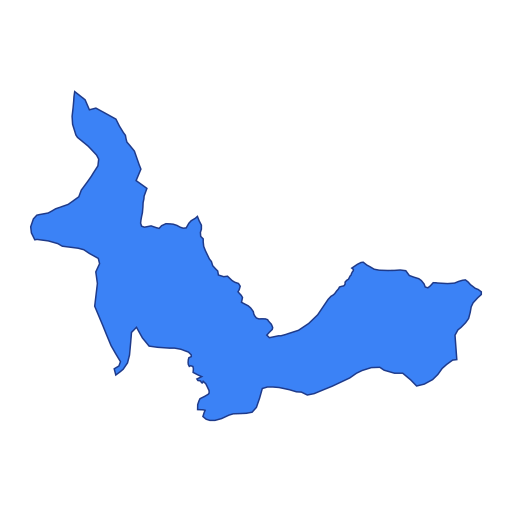 Marudi, Sarawak, Malaysia
{"feature_id": "92858781B4592285011837", "entity_name": "Marudi", "entity_type": "district", "adm_level": 2, "iso_a3": "MYS", "parent_name": "Malaysia", "parent_adm1": "Sarawak", "projection": "orthographic", "projection_center": [114.551, 4.191], "detail": "fine", "context": "isolated", "style": "filled", "palette": "blue", "viewbox_px": 512, "rotation_deg": 0, "n_neighbors": 0, "source": "geoboundaries", "source_scale": "gbopen_adm2", "svg_char_len": 3637}
<svg xmlns="http://www.w3.org/2000/svg" viewBox="0 0 512 512"><path d="M180.7,349.2L188.5,352.1L191.2,354.8L191.3,356.6L188.9,357.7L188.3,359.8L188.1,362.5L188.3,364.4L189.3,366.4L190.7,365.7L192.9,366.5L193.4,368.8L193.1,372.4L197.7,374.8L201.7,376.6L196.9,379.0L197.9,380.5L200.5,380.9L201.6,382.7L202.5,382.9L203.2,381.3L205.8,383.8L207.0,386.2L209.1,390.7L209.1,393.1L208.3,394.2L204.8,396.3L200.0,398.7L199.0,400.8L197.7,404.6L197.6,409.6L203.2,409.8L205.1,410.3L204.1,412.7L202.9,416.5L206.1,419.2L209.9,420.4L214.9,420.4L221.5,418.6L229.0,415.1L233.3,413.8L239.2,413.6L246.3,413.3L252.1,412.2L256.4,407.4L259.6,398.1L262.3,388.5L267.4,387.0L273.0,387.0L279.1,387.5L289.4,389.7L296.4,391.8L301.4,392.1L307.3,395.0L314.2,393.6L324.3,389.4L332.2,386.2L349.8,377.9L356.5,373.2L362.1,370.5L371.3,367.6L379.8,367.3L384.1,370.2L394.5,373.2L402.7,373.2L410.7,379.9L416.6,386.0L424.3,384.1L432.6,379.6L437.8,374.5L442.2,368.4L446.7,364.4L452.6,360.1L456.8,359.6L455.0,335.2L457.9,329.9L461.0,327.4L465.6,322.7L468.6,318.5L470.2,312.4L471.2,306.8L473.1,302.8L477.6,297.9L481.3,294.5L481.3,293.9L481.3,291.8L478.2,289.5L475.2,288.3L472.5,286.2L470.5,284.7L468.0,281.9L465.4,279.9L462.4,280.3L458.7,281.4L454.5,283.1L447.6,283.6L437.2,283.0L436.4,282.8L433.2,282.7L430.3,285.9L427.9,287.8L425.2,287.0L424.1,284.0L421.4,280.6L418.8,278.7L413.7,277.1L409.3,275.5L407.4,272.9L405.8,270.7L400.2,270.0L394.5,270.4L387.9,270.5L379.2,270.2L374.1,269.2L370.1,266.8L366.9,265.1L363.2,262.2L361.0,262.5L357.4,264.3L351.8,268.1L353.4,269.4L353.3,270.7L352.3,272.0L351.5,273.6L351.0,275.2L350.1,276.0L348.5,279.2L346.7,280.3L345.1,282.1L345.1,284.0L344.5,285.1L343.7,285.9L341.4,286.4L339.5,287.0L338.4,289.0L336.6,291.0L334.6,293.8L332.9,295.2L331.0,296.3L328.1,299.4L317.7,314.8L308.8,323.4L298.5,330.3L284.6,334.8L280.9,335.8L278.5,335.8L269.4,337.7L266.8,335.1L269.2,332.4L272.2,329.5L272.7,327.7L272.1,326.0L271.3,324.2L270.0,322.8L268.4,321.0L267.6,319.7L265.4,318.9L262.0,318.8L258.9,318.9L256.4,318.0L254.8,316.0L253.8,314.1L253.3,311.6L251.9,309.6L250.6,307.9L248.2,305.8L244.7,304.0L241.5,302.3L242.5,297.5L241.2,295.3L239.5,293.5L238.0,291.8L239.2,289.7L240.2,286.2L238.5,283.5L234.7,282.2L232.0,280.5L227.5,276.2L223.7,276.7L218.4,275.0L217.7,271.0L215.7,269.0L212.7,265.7L211.4,261.5L209.4,259.0L205.4,250.7L203.7,246.4L203.2,241.9L203.2,238.9L200.7,236.4L200.4,232.4L201.4,229.2L201.4,225.2L199.2,220.9L197.4,216.4L195.4,218.2L191.2,220.7L188.9,223.2L186.2,227.9L183.2,228.2L180.2,227.2L176.9,225.4L173.2,224.2L170.2,223.9L165.9,223.7L161.6,225.7L159.1,228.4L156.4,227.7L151.1,225.9L144.4,227.2L141.6,226.2L140.6,223.2L140.9,220.4L141.6,216.4L142.4,212.7L142.9,207.1L143.1,202.6L143.9,198.9L144.1,196.1L146.9,188.4L136.1,180.6L140.9,169.1L139.1,164.6L134.4,151.1L130.1,145.8L126.9,142.1L126.1,139.1L125.4,135.3L123.4,132.6L119.4,126.1L115.9,119.1L95.9,108.1L89.4,109.8L85.1,99.8L74.7,91.6L74.0,96.5L73.7,101.1L73.1,107.7L72.1,116.3L72.6,124.3L75.9,135.0L77.5,137.4L88.1,146.1L92.4,150.6L96.6,155.1L98.7,159.1L97.9,165.9L93.2,173.2L91.4,176.2L87.3,182.0L81.3,190.1L78.8,196.8L68.2,204.4L55.6,208.8L51.7,211.1L48.2,213.0L39.4,214.6L36.8,215.2L33.4,218.9L30.7,226.8L31.4,232.9L34.8,239.8L37.0,239.4L48.3,240.9L57.8,243.6L62.3,246.2L78.1,248.2L83.8,249.7L89.3,253.4L98.3,258.4L99.6,263.7L98.1,266.9L95.8,271.9L97.4,283.5L94.7,306.2L102.9,325.7L106.4,334.4L111.1,345.7L115.8,353.9L120.5,361.7L118.9,366.0L114.2,368.8L115.8,375.0L120.5,371.5L123.2,369.2L127.5,362.9L129.5,355.1L130.7,342.2L131.5,332.4L136.5,327.3L142.4,337.9L149.1,346.1L157.7,347.3L169.4,348.1L174.5,348.1L180.7,349.2Z" fill="#3b82f6" stroke="#1e3a8a" stroke-width="1.5"/></svg>